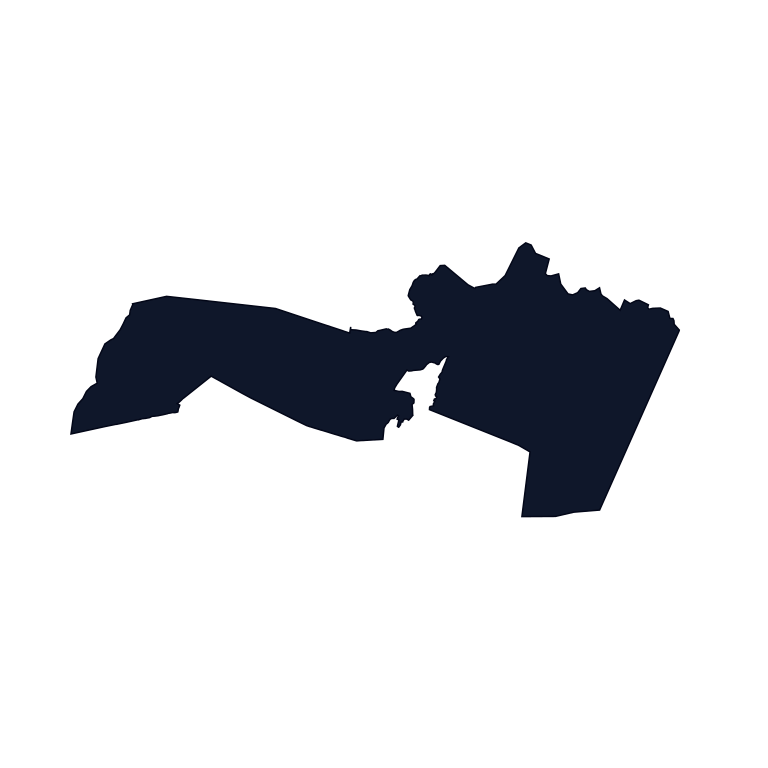 the district of Teotitlán de Flores Magón, Oaxaca, Mexico, rotated 218°
{"feature_id": "50627088B97187962703105", "entity_name": "Teotitlán de Flores Magón", "entity_type": "district", "adm_level": 2, "iso_a3": "MEX", "parent_name": "Mexico", "parent_adm1": "Oaxaca", "projection": "natural_earth1", "projection_center": [-97.095, 18.119], "detail": "fine", "context": "isolated", "style": "filled", "palette": "ink", "viewbox_px": 768, "rotation_deg": 218, "n_neighbors": 0, "source": "geoboundaries", "source_scale": "gbopen_adm2", "svg_char_len": 4827}
<svg xmlns="http://www.w3.org/2000/svg" viewBox="0 0 768 768"><g transform="rotate(218 384 384)"><path d="M409.2,514.9L412.6,511.9L412.5,503.4L412.8,501.1L413.3,501.0L413.5,500.8L413.6,500.3L413.2,499.5L413.3,499.3L413.5,499.3L414.7,499.6L415.1,499.5L415.3,499.2L415.5,498.5L415.5,498.2L414.9,497.5L414.9,497.3L415.4,496.8L415.5,496.8L416.4,496.7L416.5,496.6L416.7,496.3L417.6,495.9L417.9,495.8L418.8,495.0L421.0,493.2L421.2,492.6L421.8,491.7L422.2,491.4L422.3,491.4L422.4,490.5L422.6,487.1L423.3,486.0L423.4,485.9L423.5,485.6L423.8,484.3L423.6,482.4L423.4,481.6L422.8,480.1L422.3,478.3L421.8,474.3L419.4,468.7L419.2,468.5L419.1,468.4L418.4,468.1L414.8,466.8L414.5,466.8L412.6,467.1L411.6,466.8L411.4,466.6L410.2,464.8L408.3,465.0L407.9,464.7L407.1,464.2L407.1,463.1L406.9,462.8L406.3,462.0L405.7,461.9L404.1,460.7L401.6,459.3L400.2,458.5L399.9,458.5L399.4,458.9L398.6,459.7L397.2,460.2L396.4,460.5L395.4,460.1L394.9,459.5L394.6,458.2L395.2,457.6L396.1,456.7L396.3,456.2L396.1,454.7L396.0,454.1L396.6,451.9L396.5,451.7L396.1,451.1L395.9,451.0L395.3,451.3L395.2,451.2L397.3,444.4L398.2,443.5L398.8,442.9L401.6,440.0L401.9,439.7L402.9,438.5L403.7,437.2L404.2,436.5L405.1,434.2L406.0,432.2L407.9,431.0L410.1,430.4L411.5,430.4L412.0,430.4L413.3,430.2L413.8,430.1L414.4,430.0L414.7,429.7L415.0,429.3L415.6,428.9L416.1,428.9L418.7,425.7L420.2,423.8L421.6,422.2L422.1,419.6L422.6,419.2L426.0,416.1L429.7,414.8L431.0,413.9L434.8,411.7L439.2,409.4L442.9,406.8L444.0,406.5L444.2,406.8L444.3,407.0L445.4,408.5L442.4,403.0L445.7,401.8L447.6,401.1L448.4,400.8L448.9,400.7L472.2,392.3L516.0,376.7L583.9,334.9L609.3,319.2L631.5,292.4L630.9,292.0L629.3,285.8L627.0,281.9L628.0,277.3L626.5,270.8L625.3,264.3L625.2,256.9L625.1,253.3L626.4,250.7L628.6,243.8L624.9,228.0L615.3,212.1L610.5,208.1L613.2,201.6L613.9,195.0L612.3,187.0L612.8,179.8L611.1,171.3L605.6,161.7L599.9,151.9L577.5,178.9L576.8,179.7L570.5,187.1L569.8,187.7L569.4,188.2L563.7,194.9L556.0,204.2L555.4,204.6L554.5,206.0L553.8,206.9L553.2,207.8L552.6,208.3L551.5,209.4L551.0,209.8L550.6,210.3L549.8,211.2L548.0,213.2L546.9,215.7L544.9,217.5L543.2,219.2L542.4,220.0L541.1,221.6L539.5,223.4L537.4,226.0L536.2,227.5L535.9,228.2L535.6,228.4L535.3,228.7L534.1,230.0L533.4,231.0L532.5,231.7L532.3,231.8L531.4,232.6L531.2,232.6L530.1,233.9L529.3,235.0L529.8,236.1L530.7,237.7L531.2,239.5L531.9,241.6L533.2,241.4L534.9,241.2L534.2,243.7L533.8,246.2L533.5,248.8L533.4,249.0L533.2,249.6L525.0,283.8L490.3,289.3L480.3,291.0L448.1,297.6L434.5,300.4L430.5,301.2L419.3,303.6L417.9,304.1L416.4,304.6L415.1,305.2L412.3,306.2L406.9,308.3L405.5,308.8L404.2,309.4L402.9,309.9L401.6,310.4L400.3,310.9L399.0,311.4L397.7,311.9L396.3,312.4L392.1,314.0L388.9,315.3L385.9,316.4L383.7,317.3L381.9,318.1L380.3,318.6L378.8,319.1L377.1,319.8L375.5,320.4L374.7,320.7L370.6,322.3L369.8,323.0L367.5,325.1L365.1,327.1L363.7,328.4L362.4,329.5L361.1,330.7L359.9,331.7L358.8,332.7L358.0,333.4L356.8,334.4L356.5,334.7L354.3,336.6L350.8,339.7L356.9,349.3L357.6,353.8L357.2,355.0L357.0,356.5L357.3,358.1L357.5,359.8L356.8,361.5L354.9,363.0L354.3,367.7L354.2,367.8L352.8,367.8L352.6,365.6L351.9,364.3L350.2,365.0L347.4,358.9L346.0,358.9L345.8,359.0L345.9,361.9L347.1,364.6L345.9,365.6L346.2,366.2L346.5,368.8L345.2,369.8L344.9,370.1L344.5,370.4L342.3,370.7L342.0,377.2L342.5,377.5L345.8,381.5L349.3,385.2L348.8,387.5L350.7,390.2L351.5,390.6L355.0,390.5L356.7,391.8L357.8,392.6L362.2,390.7L365.2,389.4L366.3,388.4L367.7,387.3L372.1,385.2L373.2,387.5L373.6,391.0L373.7,391.6L374.5,409.1L372.5,409.4L370.4,411.3L369.2,412.8L364.2,417.4L362.6,419.7L362.4,421.0L362.3,423.9L362.4,425.3L362.4,425.6L362.1,426.6L361.7,428.4L361.6,428.8L360.2,430.5L357.8,431.5L356.4,432.1L355.2,432.0L353.5,432.5L352.9,433.3L353.2,434.7L353.6,437.0L353.5,437.9L353.4,438.8L353.2,440.9L352.2,443.8L350.0,445.1L349.8,441.7L349.1,440.5L346.7,431.7L346.3,430.6L345.5,428.9L345.7,426.7L345.3,423.1L343.0,422.4L341.6,418.8L341.7,417.5L340.5,413.7L339.1,412.0L337.6,409.6L337.1,407.2L336.0,406.3L334.5,406.4L334.2,405.5L334.1,404.4L335.0,403.2L334.5,401.5L333.3,401.9L332.8,398.6L331.5,397.3L333.8,394.6L333.7,393.7L332.4,391.8L249.0,416.1L243.2,417.7L240.5,418.5L227.1,420.4L193.7,364.4L167.4,385.2L155.6,399.8L136.5,417.4L184.1,607.4L184.5,608.3L192.1,609.7L194.5,612.4L196.6,613.5L199.1,611.7L204.8,616.1L213.0,614.0L218.9,609.0L221.3,606.0L223.3,606.6L224.4,609.2L234.7,607.0L236.6,604.9L239.5,598.9L246.2,598.3L243.3,587.5L260.8,588.6L266.2,587.9L268.6,588.6L273.4,592.5L275.3,587.3L279.2,583.4L282.6,582.9L284.5,583.6L287.6,580.5L287.6,575.2L290.2,570.4L294.4,568.3L306.3,571.6L314.2,578.3L318.9,572.0L322.1,569.9L324.8,570.3L330.8,584.2L345.0,580.2L353.6,584.1L359.2,582.5L361.5,574.3L355.3,544.0L357.2,531.6L360.2,529.3L360.2,529.2L371.3,516.5L371.2,515.2L378.8,513.9L409.2,514.9Z" fill="#0f172a" stroke="#020617" stroke-width="1.5"/></g></svg>